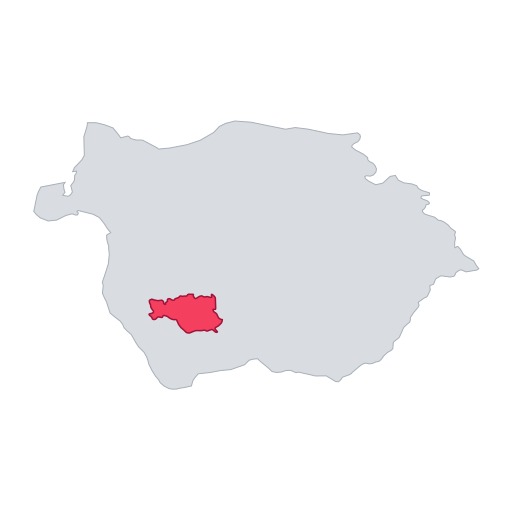 Neamt highlighted on a map of Romania, rotated 181°
{"feature_id": "ROU-309", "entity_name": "Neamt", "entity_type": "County", "adm_level": 1, "iso_a3": "ROU", "parent_name": "Romania", "parent_adm1": "", "projection": "robinson", "projection_center": [26.462, 46.963], "detail": "fine", "context": "in_parent", "style": "filled", "palette": "rose", "viewbox_px": 512, "rotation_deg": 181, "n_neighbors": 0, "source": "natural_earth", "source_scale": "10m", "svg_char_len": 5869}
<svg xmlns="http://www.w3.org/2000/svg" viewBox="0 0 512 512"><g transform="rotate(181 256 256)"><path d="M408.3,285.7L413.3,291.7L419.6,294.9L434.3,298.3L435.6,297.9L435.7,297.2L434.7,296.4L434.5,295.2L435.2,293.9L437.2,293.8L440.6,295.0L446.8,293.2L456.0,288.4L464.5,287.4L472.3,290.3L476.4,293.6L479.0,296.8L478.2,300.7L477.8,303.1L475.9,313.2L474.5,316.9L472.3,321.2L448.2,326.3L449.8,323.8L449.2,319.6L448.1,316.3L450.3,313.4L444.9,312.4L442.5,314.0L440.7,316.8L442.4,323.2L439.8,326.7L438.8,328.7L438.7,333.4L437.2,335.5L436.9,337.7L440.8,337.1L439.1,341.2L431.9,349.0L429.4,353.6L430.2,372.1L427.1,383.1L426.9,386.3L419.1,386.5L416.8,386.2L409.5,384.5L401.3,381.6L396.4,375.9L393.3,371.8L386.4,373.7L385.1,373.2L383.2,371.2L377.9,369.9L371.5,369.9L356.9,362.5L355.3,361.2L343.9,362.5L326.9,366.1L313.9,370.7L300.4,378.8L294.9,384.9L288.6,388.1L279.5,390.6L263.4,389.7L246.7,386.6L228.7,383.3L219.0,385.1L205.8,383.7L186.0,379.8L171.3,378.6L156.7,380.9L154.2,379.1L153.7,377.1L154.4,374.2L156.4,371.9L160.0,370.1L161.9,368.3L162.1,366.5L158.2,363.6L150.2,359.6L146.9,357.0L146.1,356.4L145.9,354.2L144.2,352.4L141.1,351.1L138.7,348.7L137.1,345.3L137.5,342.1L140.0,339.1L143.2,337.8L147.0,338.2L148.6,337.4L148.0,335.3L144.3,332.6L137.5,329.3L130.5,331.1L123.3,337.9L118.1,339.0L115.1,334.4L109.5,331.7L101.5,330.8L96.6,329.1L94.8,326.4L91.4,324.4L83.7,322.2L83.6,320.1L84.9,319.6L87.7,319.4L91.3,319.0L92.0,317.8L92.0,316.7L89.2,315.4L86.2,314.4L84.7,313.5L83.8,312.5L83.6,311.4L84.5,310.7L85.7,310.7L86.9,310.0L87.6,307.6L89.2,305.5L90.4,304.8L90.3,303.3L89.2,301.9L87.6,300.7L85.3,300.0L78.0,297.9L74.3,294.9L72.1,294.8L68.5,293.2L64.7,290.6L61.5,287.0L57.9,284.6L57.0,283.7L57.0,282.8L57.7,281.7L57.7,280.6L56.8,277.1L57.6,273.3L57.5,269.8L57.5,268.2L56.8,267.7L56.2,268.2L55.3,268.9L54.4,269.0L51.8,266.4L48.6,261.2L46.3,259.4L42.0,257.0L38.3,255.0L35.7,250.6L33.0,247.2L34.9,245.8L45.7,243.8L50.6,245.8L52.8,245.1L55.0,243.5L56.3,242.2L56.5,240.9L57.7,239.2L61.3,238.4L70.8,239.4L74.7,237.1L76.2,235.8L77.1,233.0L78.2,230.7L81.6,229.5L81.6,227.4L81.1,225.2L83.3,220.1L84.5,218.1L86.5,217.3L88.8,215.7L93.0,212.5L92.1,209.6L93.0,207.5L97.3,202.3L100.6,197.3L100.6,194.8L101.1,192.6L104.0,190.2L107.1,187.1L111.2,177.4L112.7,175.8L115.3,173.9L117.2,172.1L117.6,165.7L119.4,163.9L122.9,161.8L126.4,158.5L129.2,154.5L131.4,152.7L134.3,152.2L137.4,150.7L140.8,150.1L144.1,150.8L146.2,150.5L149.5,148.5L157.7,141.3L158.9,139.9L160.6,138.9L167.3,136.4L169.0,133.9L171.3,131.7L174.2,131.9L183.7,137.4L193.9,137.1L195.8,137.3L196.4,137.4L197.6,137.8L211.2,140.6L213.3,140.3L213.9,140.0L219.4,142.3L224.2,142.0L228.8,140.4L233.6,139.9L238.0,140.8L241.4,144.0L250.0,150.8L252.6,153.3L256.6,152.9L261.0,151.7L265.5,147.1L279.2,142.0L289.7,140.8L299.9,138.7L311.7,137.2L315.1,133.1L317.0,130.2L318.3,124.9L324.7,123.4L330.7,122.3L332.9,121.6L337.3,121.4L340.7,121.9L345.9,124.5L349.7,127.8L351.1,130.4L354.3,134.0L357.7,139.2L361.3,146.0L362.2,149.5L363.6,153.3L366.3,157.8L371.6,162.9L372.3,163.9L374.7,167.4L379.3,175.3L383.2,178.5L386.6,181.9L388.2,185.4L390.6,188.5L396.3,192.7L400.9,196.4L404.6,207.3L407.2,212.3L408.9,216.2L408.2,223.9L409.2,227.2L407.2,233.3L403.5,245.5L402.7,255.2L403.4,260.4L403.5,263.8L404.4,265.9L405.5,270.3L405.7,274.2L404.3,275.3L402.4,276.2L401.7,277.0L403.4,278.7L405.9,282.0L408.3,285.7Z" fill="#d9dde1" stroke="#a8b0b8" stroke-width="1"/><path d="M297.4,202.0L297.7,202.0L297.9,201.7L297.9,201.2L297.7,200.3L297.3,199.7L296.6,199.1L295.0,198.1L294.2,197.2L293.7,196.2L292.9,194.5L292.3,193.6L291.7,192.9L291.0,192.5L289.7,192.0L288.6,191.8L288.7,190.5L289.2,189.0L289.8,188.0L291.9,185.9L292.6,185.3L294.4,184.3L295.2,183.7L295.6,183.1L295.7,182.6L295.6,182.1L295.2,181.7L294.3,180.9L293.5,179.9L293.3,179.5L293.5,179.2L293.9,179.0L294.4,179.0L295.0,179.2L295.6,179.5L297.7,181.2L298.3,181.6L298.9,181.7L299.8,181.5L303.2,180.2L303.9,180.1L304.5,180.3L305.1,180.6L305.9,180.9L306.8,180.9L309.2,180.4L314.4,180.4L316.1,180.0L320.5,178.1L321.6,177.8L322.5,177.9L323.4,178.0L324.2,178.3L324.9,178.8L326.5,180.4L329.8,183.1L332.1,186.1L333.5,189.0L333.9,189.9L334.3,190.7L334.9,191.0L335.7,191.0L336.6,190.9L337.7,191.0L339.0,191.3L340.8,192.1L343.6,194.0L344.8,194.5L346.7,194.9L347.4,194.9L347.8,194.7L348.0,194.3L348.4,193.3L348.8,193.0L349.5,192.9L351.7,193.3L352.5,193.4L353.1,193.2L353.6,192.8L355.2,191.2L355.8,190.9L356.6,190.7L357.6,190.8L358.2,191.1L358.6,191.5L358.8,192.0L359.0,192.6L359.4,193.2L360.0,193.8L361.0,194.5L361.7,195.2L361.9,195.7L361.8,196.1L361.4,196.3L360.0,196.7L359.1,196.9L358.4,197.3L357.7,197.8L357.4,198.4L357.5,199.0L358.0,199.7L359.0,200.9L359.8,202.1L360.1,202.6L360.3,203.4L360.6,205.2L361.7,207.7L361.8,208.6L361.9,209.3L361.3,210.2L359.5,211.0L358.2,210.7L357.7,210.4L353.9,209.7L352.7,209.7L349.4,210.2L348.5,209.6L347.9,209.0L347.6,208.4L347.5,208.0L347.6,207.6L347.6,207.2L347.3,206.7L346.3,206.1L345.8,206.1L345.6,206.3L345.6,206.7L345.7,207.1L345.6,207.6L345.3,208.0L344.0,208.9L343.8,209.3L343.8,209.8L343.9,210.3L343.8,210.7L343.6,211.2L343.1,211.6L342.3,211.8L341.6,211.8L341.0,211.6L339.5,210.7L338.3,210.3L337.4,210.4L336.8,210.7L336.4,211.5L336.0,211.9L333.2,212.9L332.5,213.3L331.6,214.3L331.2,214.6L330.6,214.7L328.7,214.4L327.0,214.7L325.2,214.7L324.7,214.8L324.3,215.2L323.9,215.7L323.5,216.2L323.0,216.5L322.2,216.6L318.5,216.6L318.0,216.5L317.9,216.3L317.9,216.0L318.0,215.6L318.0,215.1L317.9,214.7L317.7,214.3L317.3,213.9L316.8,213.0L316.5,212.7L315.8,212.4L315.3,212.5L314.7,212.8L311.9,214.6L310.6,215.0L309.7,215.2L309.1,215.0L307.8,214.4L306.7,214.1L306.1,214.2L304.3,214.6L300.5,213.8L300.1,213.9L299.6,214.2L299.6,214.7L299.9,215.9L299.9,216.5L299.8,216.8L299.3,216.8L298.7,216.5L297.2,215.2L296.5,214.4L296.1,213.8L295.9,213.1L295.4,203.4L295.4,202.8L295.5,202.3L295.7,202.0L296.1,201.9L296.6,201.9L297.4,202.0Z" fill="#f43f5e" stroke="#9f1239" stroke-width="1.5"/></g></svg>